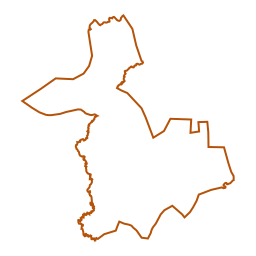 Kalgo, Kebbi, Nigeria
{"feature_id": "59680162B5199404243189", "entity_name": "Kalgo", "entity_type": "district", "adm_level": 2, "iso_a3": "NGA", "parent_name": "Nigeria", "parent_adm1": "Kebbi", "projection": "robinson", "projection_center": [4.022, 12.386], "detail": "fine", "context": "isolated", "style": "outline", "palette": "amber", "viewbox_px": 256, "rotation_deg": 0, "n_neighbors": 0, "source": "geoboundaries", "source_scale": "gbopen_adm2", "svg_char_len": 5643}
<svg xmlns="http://www.w3.org/2000/svg" viewBox="0 0 256 256"><path d="M184.5,217.4L190.0,212.1L193.2,207.1L196.6,200.8L198.8,194.6L211.1,189.9L221.8,187.4L223.5,188.2L225.4,187.7L225.5,187.3L225.4,186.6L225.1,186.4L224.3,186.2L223.6,185.6L223.5,185.1L224.5,183.7L225.5,182.9L226.5,183.0L227.0,184.2L227.7,184.3L228.5,183.8L230.3,183.2L232.8,180.5L233.7,180.1L233.6,176.0L231.2,171.8L228.5,163.5L224.0,147.3L208.5,147.0L208.3,132.4L207.3,121.8L198.4,122.1L199.1,131.5L190.5,132.8L191.2,119.5L170.4,118.8L164.0,131.0L153.3,137.7L145.6,117.3L141.6,108.3L127.3,93.0L121.5,90.5L117.0,88.1L117.3,87.3L117.7,87.0L117.7,86.3L118.3,86.0L118.4,85.4L119.6,84.7L120.3,84.1L120.4,84.3L121.3,84.5L122.4,83.4L122.1,82.5L121.8,82.3L122.2,81.9L122.8,81.8L123.3,82.2L124.0,81.7L124.6,81.1L124.3,80.3L123.9,79.8L123.7,79.3L123.8,78.1L124.1,77.4L124.6,76.9L123.9,76.2L124.5,74.8L124.8,74.4L125.3,74.2L125.6,73.6L125.0,72.8L125.0,72.2L124.8,71.1L125.3,70.8L125.8,70.9L126.8,70.6L129.0,68.5L129.5,67.7L130.6,67.3L130.8,66.8L131.3,66.5L131.8,66.6L132.3,67.2L133.3,67.4L133.8,67.3L134.2,66.2L134.5,65.7L135.0,65.4L135.7,65.6L136.3,65.0L136.4,64.0L137.2,63.7L138.0,63.9L139.2,64.6L139.6,64.7L140.6,64.0L142.3,63.6L143.0,62.6L142.7,62.1L142.6,61.6L142.2,61.6L141.4,60.6L136.2,45.3L132.4,28.9L123.4,15.4L122.6,15.9L122.1,16.5L121.6,17.3L121.1,17.7L120.6,19.9L119.9,20.5L119.2,20.9L117.5,20.4L116.8,19.8L114.8,17.6L114.0,16.9L113.1,17.1L112.2,18.3L111.4,17.9L110.3,18.0L109.6,17.9L109.0,19.1L109.3,19.6L109.3,20.3L109.6,21.1L109.4,21.7L107.9,21.9L107.0,22.5L105.9,22.6L104.8,22.3L103.4,22.5L102.9,23.4L102.1,24.1L100.8,24.6L100.3,25.2L99.7,25.0L99.1,24.4L98.1,23.4L97.4,22.3L95.2,20.1L94.1,20.1L93.7,21.2L91.9,23.1L90.9,23.9L89.9,25.2L89.5,27.4L90.8,29.2L90.2,29.7L89.5,29.5L88.8,29.5L88.4,31.8L92.1,55.8L89.1,66.0L83.6,73.6L73.1,79.2L55.7,78.4L40.6,89.0L22.3,101.0L31.9,107.7L39.4,112.3L45.9,114.8L49.1,115.2L51.6,115.1L60.1,113.9L66.1,112.0L78.0,109.4L80.9,109.6L84.2,111.9L85.5,113.3L89.8,114.8L91.3,115.1L94.8,114.4L97.3,115.8L96.2,116.2L95.8,116.8L95.3,116.7L94.9,116.9L94.4,118.4L94.4,119.0L93.9,119.2L93.6,119.8L93.5,120.6L93.1,120.9L92.1,120.9L91.9,122.1L91.1,122.3L90.2,123.5L89.4,123.9L88.9,124.5L89.1,125.4L88.6,125.4L88.4,125.8L88.6,126.2L88.5,126.8L88.1,127.9L88.6,128.4L88.6,128.9L88.3,129.6L88.4,130.5L87.5,131.0L87.3,131.4L87.6,131.7L88.5,131.8L88.6,132.5L88.1,133.0L87.8,134.0L87.9,134.9L87.4,135.3L87.1,135.7L87.3,138.1L86.8,138.4L86.4,138.0L86.0,138.2L86.0,138.9L85.4,139.8L84.1,140.5L83.6,139.4L83.0,139.1L82.5,139.5L81.4,139.5L80.9,139.9L79.9,140.5L80.3,141.4L80.1,141.9L79.0,141.9L78.4,142.3L77.3,142.1L77.4,143.0L77.1,144.7L76.1,145.0L75.9,145.8L75.8,146.7L76.3,147.8L76.4,148.7L77.4,149.5L77.9,150.9L78.7,151.5L79.0,152.4L79.5,154.6L80.1,155.6L82.4,156.8L82.9,156.7L83.2,156.2L84.0,156.3L84.6,156.7L84.5,157.7L84.0,158.6L83.4,159.0L83.7,159.9L84.3,160.2L84.9,160.1L85.4,160.6L86.5,162.6L86.7,163.4L86.1,163.4L85.6,163.2L85.3,163.6L85.5,164.2L86.0,164.6L85.3,165.6L85.2,166.1L86.0,166.3L86.5,166.7L85.9,167.8L86.1,168.9L86.4,169.8L86.2,170.7L86.9,172.5L87.5,172.8L88.0,173.6L88.8,173.9L90.2,174.2L90.7,174.5L90.6,175.1L89.9,175.2L90.0,175.9L90.4,175.8L90.4,176.6L90.0,177.1L90.3,177.6L90.4,178.2L89.8,178.7L89.8,179.2L90.3,179.1L90.7,179.3L90.8,178.8L91.1,178.6L92.0,179.1L92.3,179.5L91.9,180.1L91.9,182.3L91.4,183.3L90.9,184.2L89.9,185.0L89.5,187.3L87.5,189.5L87.3,190.4L87.7,191.4L88.2,191.9L88.7,192.0L89.2,191.9L89.3,191.4L89.9,191.2L90.1,191.9L90.1,192.5L89.5,193.1L89.3,193.8L90.0,194.9L90.0,195.5L91.0,195.9L91.5,197.2L91.9,201.8L91.7,202.2L91.0,202.5L90.4,203.2L90.4,204.0L90.7,204.7L91.2,205.1L91.4,204.7L91.0,203.6L91.8,204.0L92.7,203.5L93.0,204.0L93.0,204.4L92.4,204.4L92.2,204.8L93.1,205.8L94.1,206.5L94.1,206.8L93.6,207.6L93.2,207.4L92.8,207.4L92.8,208.0L93.1,208.3L94.0,208.6L93.7,209.3L93.9,209.8L93.9,210.4L93.6,210.6L93.2,210.6L92.6,211.4L92.2,211.1L91.6,211.3L91.9,211.9L91.1,212.1L91.1,212.7L90.6,212.5L90.1,213.2L89.7,213.3L89.6,212.8L89.4,212.9L89.4,214.3L89.0,214.0L88.2,213.5L87.8,213.0L87.5,212.8L87.3,213.8L87.2,213.9L86.6,213.6L86.5,213.8L86.6,214.5L86.1,214.7L86.0,215.0L85.8,215.0L85.4,214.6L84.7,214.7L84.8,214.1L84.7,213.9L84.3,213.7L84.0,214.3L83.9,214.9L83.4,214.5L83.1,214.6L83.2,215.2L83.5,215.7L83.1,215.9L83.1,216.1L83.6,216.3L83.6,217.6L83.3,217.6L82.8,217.3L82.8,216.4L82.7,216.3L82.4,216.9L81.6,217.2L81.4,217.7L81.5,218.2L81.3,218.3L81.0,217.9L80.8,218.0L81.4,219.0L81.6,219.8L81.2,220.2L80.7,219.9L80.6,220.5L80.4,220.6L80.4,221.2L80.3,221.4L79.9,221.2L79.7,220.2L79.1,220.2L78.6,220.0L78.2,220.2L78.5,221.2L78.3,221.9L78.9,223.6L80.2,223.8L80.8,223.6L81.1,223.8L81.1,224.2L81.4,224.5L81.8,224.7L82.3,224.5L82.8,224.7L83.0,225.0L82.7,225.9L82.0,226.0L81.8,226.3L81.5,228.7L81.9,228.6L82.6,229.2L82.9,230.7L83.3,231.9L83.5,234.8L84.1,235.4L84.4,235.9L84.9,236.3L85.3,236.1L85.3,235.8L85.4,235.4L85.1,234.7L85.2,234.2L85.6,233.9L86.0,233.9L86.3,234.4L86.2,235.3L86.3,235.5L86.6,235.6L87.5,234.9L87.9,235.0L88.0,235.4L87.9,236.0L88.1,236.4L88.3,236.6L88.8,236.7L90.3,235.4L90.5,235.5L90.4,235.9L91.2,236.0L91.1,236.9L91.4,238.1L91.4,239.0L91.6,239.1L92.0,238.4L92.5,238.3L92.7,238.5L92.6,239.1L92.9,239.1L93.2,238.9L93.5,238.5L94.1,238.4L94.3,238.8L94.3,239.4L94.9,240.6L95.2,240.5L95.0,239.9L94.8,239.8L94.9,239.5L95.4,239.3L95.7,239.4L95.9,239.1L96.1,238.2L96.4,238.0L96.7,238.2L96.9,238.6L97.3,238.6L97.9,238.9L104.2,234.2L115.8,230.6L117.6,225.7L119.3,221.6L124.0,223.6L129.0,224.7L131.5,225.7L133.4,227.8L136.5,230.4L141.6,237.7L147.9,238.5L150.7,233.1L151.6,229.9L152.8,227.5L155.8,223.6L160.7,214.4L164.4,210.2L172.3,205.8L182.1,214.3L184.5,217.4Z" fill="none" stroke="#b45309" stroke-width="2"/></svg>